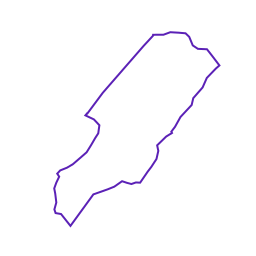 Eskilstuna, Södermanland, Sweden, rotated 314°
{"feature_id": "70781695B99698101105625", "entity_name": "Eskilstuna", "entity_type": "district", "adm_level": 2, "iso_a3": "SWE", "parent_name": "Sweden", "parent_adm1": "Södermanland", "projection": "natural_earth1", "projection_center": [16.38, 59.332], "detail": "fine", "context": "isolated", "style": "outline", "palette": "violet", "viewbox_px": 256, "rotation_deg": 314, "n_neighbors": 0, "source": "geoboundaries", "source_scale": "gbopen_adm2", "svg_char_len": 862}
<svg xmlns="http://www.w3.org/2000/svg" viewBox="0 0 256 256"><g transform="rotate(314 128 128)"><path d="M236.5,150.3L238.4,138.0L239.5,130.1L233.5,123.3L232.4,117.2L236.1,108.7L236.1,103.6L231.8,98.3L226.3,91.9L219.7,88.7L212.5,81.3L211.6,81.9L197.9,82.2L135.8,85.4L110.2,88.7L110.1,88.4L107.5,88.6L110.5,97.5L110.1,105.5L103.5,110.3L97.9,111.4L90.2,113.3L81.8,115.1L73.5,114.4L63.7,113.5L57.1,111.7L50.4,108.7L46.0,108.8L45.2,112.3L38.9,114.4L33.3,116.9L30.2,121.3L24.6,128.2L18.3,131.6L16.5,135.0L19.6,139.6L17.6,154.6L56.2,149.2L69.8,156.0L76.3,158.9L85.6,160.7L87.8,165.3L90.0,169.3L94.3,171.5L97.1,174.7L110.2,172.5L116.2,171.8L125.5,170.0L132.6,165.7L135.8,161.0L148.4,161.4L155.0,163.1L155.5,161.7L161.5,161.0L172.4,158.1L188.8,157.8L194.8,154.2L209.0,153.5L218.8,149.9L231.9,149.9L236.5,150.3Z" fill="none" stroke="#5b21b6" stroke-width="2"/></g></svg>